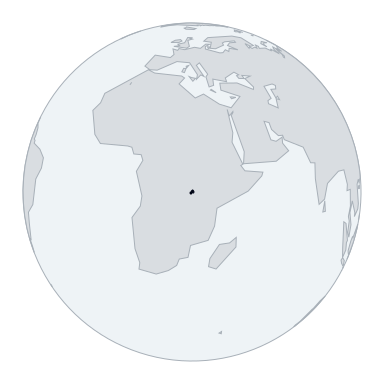 Western on an orthographic globe, rotated 18°
{"feature_id": "RWA-3492", "entity_name": "Western", "entity_type": "Province", "adm_level": 1, "iso_a3": "RWA", "parent_name": "Rwanda", "parent_adm1": "", "projection": "orthographic", "projection_center": [29.348, -2.109], "detail": "fine", "context": "on_globe", "style": "filled", "palette": "ink", "viewbox_px": 384, "rotation_deg": 18, "n_neighbors": 0, "source": "natural_earth", "source_scale": "10m", "svg_char_len": 6377}
<svg xmlns="http://www.w3.org/2000/svg" viewBox="0 0 384 384"><g transform="rotate(18 192 192)"><circle cx="192" cy="192" r="169" fill="#eef3f6" stroke="#a8b0b8"/><path d="M93.6,54.6L91.3,56.4L88.7,58.4L86.1,60.3L93.6,54.6ZM24.9,167.3L24.3,174.1L25.7,178.6L26.0,185.7L25.6,190.3L26.8,191.4L26.8,194.3L34.1,198.3L40.1,205.4L41.4,215.8L39.4,227.9L44.5,253.1L42.7,261.8L46.9,271.9L53.6,286.8L51.9,286.0L57.2,293.0L60.2,297.5L60.4,298.0L60.6,298.3L53.0,288.1L46.2,277.4L40.2,266.2L35.1,254.6L30.8,242.6L27.5,230.4L25.0,217.9L23.6,205.3L23.0,192.6L23.5,179.9L24.9,167.3ZM87.6,324.8L86.0,323.3L87.1,324.0L88.5,325.3L87.6,324.8ZM235.4,28.7L237.4,29.3L237.7,29.3L249.2,33.0L260.4,37.5L271.2,42.8L281.7,48.8L291.7,55.6L301.1,63.0L310.1,71.1L318.4,79.9L326.1,89.2L333.1,99.0L339.3,109.3L344.9,120.0L347.5,126.3L347.6,129.5L348.5,132.4L346.2,128.4L346.6,133.6L353.8,151.7L354.9,156.8L354.0,165.2L353.3,161.4L347.2,150.9L348.6,162.8L353.3,174.0L355.1,186.6L352.5,182.0L350.5,171.0L348.3,166.9L347.0,156.4L341.7,140.6L339.0,142.8L337.4,136.7L329.6,124.0L324.8,127.0L318.2,142.0L320.3,157.8L316.7,164.5L305.2,141.2L299.9,126.3L295.8,127.5L283.9,115.0L263.6,113.7L260.6,110.0L256.8,111.7L248.4,108.0L243.8,102.2L238.7,102.5L250.9,118.0L256.3,117.8L260.7,112.0L263.1,117.6L271.2,122.9L262.6,136.7L232.3,149.2L229.2,137.5L205.7,107.1L206.4,103.8L206.3,103.5L206.0,102.8L203.9,108.2L199.9,102.6L212.5,123.0L214.7,132.3L231.8,149.9L230.2,151.7L235.8,155.5L253.3,151.2L253.4,155.1L245.2,173.7L220.8,199.7L224.0,217.5L222.3,233.0L207.1,243.3L208.4,255.4L200.6,259.7L200.1,266.6L193.8,274.0L183.3,281.1L165.4,281.7L164.2,275.4L155.3,263.5L142.8,234.8L147.2,221.4L145.6,211.2L132.7,189.5L135.5,177.1L132.1,172.2L124.9,173.8L121.0,168.0L116.6,168.1L89.9,174.2L81.8,167.2L72.5,145.0L77.5,135.4L78.6,125.1L112.8,89.2L119.8,90.4L146.4,84.9L149.7,85.9L146.3,93.2L166.0,101.6L172.7,95.3L190.9,100.0L203.2,99.8L208.1,86.3L188.0,86.2L184.8,79.9L201.1,74.4L218.7,75.5L218.1,73.1L207.2,67.8L211.5,63.8L203.4,65.7L206.5,68.0L201.5,69.5L198.4,67.6L200.1,66.1L194.8,65.1L188.4,73.2L190.8,76.4L176.9,78.2L179.6,83.9L175.8,86.8L169.7,78.2L170.5,75.1L159.1,66.9L157.0,70.2L167.7,78.4L164.2,77.9L161.5,83.3L160.9,78.7L149.8,69.8L137.4,72.6L121.2,86.9L114.1,88.7L108.3,86.8L114.7,73.2L129.9,70.8L132.4,66.8L129.7,61.8L134.6,61.7L135.3,59.6L141.1,58.9L149.7,53.6L155.6,52.8L159.4,47.1L163.0,46.1L159.7,49.6L160.6,51.9L175.5,51.1L178.4,49.9L179.7,46.4L183.6,47.0L182.9,43.8L191.7,42.6L180.5,41.7L181.6,38.5L187.1,36.2L185.5,35.2L176.6,39.1L174.8,40.9L176.6,42.6L170.1,48.5L164.9,49.7L164.1,43.6L156.6,44.9L159.3,40.3L181.7,31.4L190.9,30.2L205.1,33.7L202.8,35.3L196.5,34.5L201.9,37.7L201.7,36.2L204.9,36.9L206.9,34.8L209.3,35.2L207.0,32.6L210.2,33.0L211.6,34.6L217.1,32.5L223.8,33.2L223.9,32.5L222.2,31.7L231.8,33.5L231.5,33.0L228.2,32.2L225.3,30.7L224.1,29.1L227.5,29.8L228.4,30.5L235.4,33.4L237.3,35.5L238.6,35.7L237.8,34.1L229.2,30.5L227.5,29.4L231.9,30.8L230.2,30.2L230.4,29.9L233.8,30.5L229.1,28.9L226.8,26.7L230.5,27.5L235.4,28.7ZM100.8,106.3L99.8,109.3L100.8,106.3ZM237.5,84.4L248.0,85.4L243.1,77.2L246.7,77.1L243.7,74.5L242.7,76.6L235.3,70.0L239.8,68.1L238.4,64.9L234.8,64.5L227.8,69.2L238.3,78.5L236.0,81.6L237.5,84.4ZM81.8,63.9L87.5,59.3L83.2,62.7L80.9,65.0L77.0,68.6L79.1,66.5L77.0,68.4L78.3,67.1L81.8,63.9ZM134.0,50.6L135.8,51.5L133.3,53.8L125.8,56.3L129.3,52.8L134.0,50.6ZM138.9,52.3L140.2,46.4L144.9,45.1L142.1,46.7L145.1,46.5L141.2,49.1L144.5,54.3L142.6,56.8L129.7,59.1L135.0,56.7L132.9,55.8L138.9,52.3ZM135.2,38.0L135.8,36.7L145.2,35.4L143.6,36.9L136.0,39.0L133.5,38.6L135.2,38.0ZM168.5,24.7L169.5,24.5L172.4,24.2L175.1,23.9L175.6,24.0L171.9,24.3L175.0,24.4L170.1,24.9L170.8,24.9L167.1,25.6L163.8,26.6L161.6,26.8L161.3,27.1L158.8,27.8L157.6,28.3L153.3,29.2L151.5,30.1L150.4,30.0L148.5,31.4L148.0,30.8L144.8,31.9L146.9,31.9L126.4,37.5L118.2,41.1L111.6,44.7L111.6,43.9L117.9,40.3L126.9,36.1L134.9,33.0L133.5,33.5L136.8,32.3L136.5,32.4L138.2,31.8L153.2,27.6L168.5,24.7ZM153.6,83.1L156.2,83.3L160.3,82.8L158.6,86.4L153.6,83.1ZM145.9,77.0L148.2,76.4L147.9,80.8L145.2,80.8L145.9,77.0ZM149.8,72.6L148.4,76.0L147.6,74.2L149.8,72.6ZM161.9,49.1L164.5,48.5L164.6,49.3L163.1,50.6L161.9,49.1ZM183.8,26.2L182.1,25.9L182.9,25.7L182.2,24.8L185.8,24.6L187.6,25.1L183.8,26.2ZM204.5,88.5L200.8,91.1L199.0,89.8L200.6,89.2L204.5,88.5ZM178.5,88.4L184.3,90.1L178.0,89.4L178.5,88.4ZM187.6,25.9L186.9,25.4L189.1,25.6L187.6,25.9ZM188.3,24.5L191.0,24.6L186.1,24.5L188.3,24.5ZM263.2,315.5L263.6,317.8L261.3,317.8L263.2,315.5ZM250.8,230.7L238.7,257.8L230.8,257.9L229.6,249.8L234.3,233.4L243.5,228.8L248.1,221.5L250.8,230.7ZM358.5,220.9L358.6,220.0L358.5,220.6L358.5,220.9ZM359.0,216.6L359.0,217.5L358.7,218.2L359.0,216.6ZM358.8,216.2L356.3,213.6L354.8,210.7L355.6,207.9L358.0,210.1L358.8,216.2ZM355.4,207.8L352.5,198.3L345.6,173.4L348.2,174.3L354.8,190.0L354.5,192.4L356.2,199.6L355.4,207.8ZM360.2,176.2L360.6,182.3L360.9,189.3L360.7,196.1L360.3,203.5L359.3,201.5L358.6,199.7L358.2,189.7L358.4,185.0L359.2,185.7L359.6,171.4L360.2,176.0L360.2,176.2ZM321.0,159.3L324.8,169.2L322.6,170.6L321.0,159.3ZM358.4,162.8L359.0,167.2L358.0,160.7L358.4,162.8ZM350.1,137.0L349.4,137.3L348.6,134.9L348.9,133.2L350.1,137.0ZM217.2,26.9L214.2,28.0L214.5,29.4L218.4,30.8L211.6,29.6L211.3,27.4L217.2,26.9ZM225.2,26.4L221.8,25.7L224.1,26.1L225.2,26.3L225.2,26.4ZM222.6,25.9L217.0,25.1L215.6,24.7L220.3,25.5L222.6,25.9ZM202.3,24.4L201.2,24.7L199.4,24.4L202.3,24.4ZM331.3,287.7L330.3,288.9L331.4,286.5L334.7,281.7L342.9,265.7L342.9,266.3L347.4,256.0L350.8,249.8L345.3,263.0L338.8,275.6L331.3,287.7ZM360.2,207.9L360.7,200.2L360.9,195.2L360.2,207.9Z" fill="#d9dde1" stroke="#a8b0b8" stroke-width="1"/><path d="M191.9,193.7L191.7,193.6L191.4,193.4L191.1,193.4L191.1,193.5L191.0,193.8L190.9,193.7L190.7,193.6L190.7,193.4L190.6,193.2L190.6,192.9L190.8,192.8L190.8,192.7L191.0,192.5L191.3,192.4L191.4,192.1L191.4,191.9L191.3,191.4L191.4,191.2L191.5,190.9L191.7,190.7L191.8,190.5L191.9,190.3L192.0,190.3L192.0,190.2L192.3,190.2L192.4,190.3L192.5,190.4L192.7,190.5L192.8,190.5L192.8,190.8L192.9,191.0L192.9,191.3L193.0,191.4L192.9,191.4L192.9,191.5L193.0,191.5L192.9,191.6L192.8,191.8L192.8,192.0L192.7,192.1L192.8,192.2L192.7,192.2L192.7,192.3L192.4,192.4L192.3,192.5L192.2,192.5L191.9,192.6L192.0,192.7L192.0,192.8L191.9,192.8L191.9,193.0L191.9,193.3L192.0,193.3L192.0,193.5L191.9,193.7L191.9,193.7Z" fill="#0f172a" stroke="#020617" stroke-width="1.5"/></g></svg>